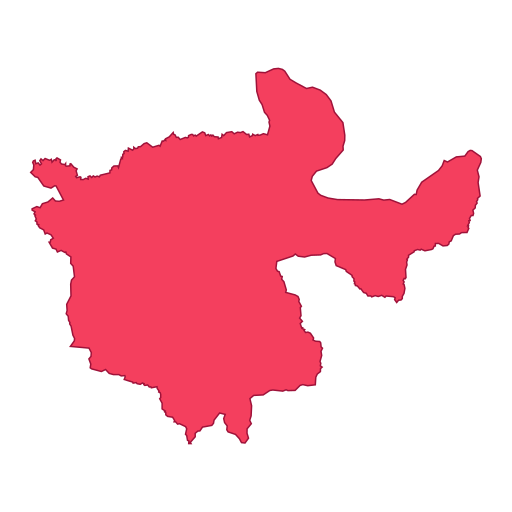 the district of Lunte, Northern, Zambia
{"feature_id": "96606910B27526943690880", "entity_name": "Lunte", "entity_type": "district", "adm_level": 2, "iso_a3": "ZMB", "parent_name": "Zambia", "parent_adm1": "Northern", "projection": "robinson", "projection_center": [30.622, -9.828], "detail": "fine", "context": "isolated", "style": "filled", "palette": "rose", "viewbox_px": 512, "rotation_deg": 0, "n_neighbors": 0, "source": "geoboundaries", "source_scale": "gbopen_adm2", "svg_char_len": 5999}
<svg xmlns="http://www.w3.org/2000/svg" viewBox="0 0 512 512"><path d="M467.0,232.5L468.8,228.3L468.1,227.7L468.5,225.8L467.6,225.8L469.3,222.6L468.9,220.7L470.1,220.5L469.5,218.3L471.3,215.5L473.0,215.5L473.6,213.4L472.9,210.1L475.2,207.9L475.4,205.2L477.1,203.1L476.5,201.6L477.7,199.8L477.5,198.4L480.1,196.0L478.1,182.5L479.0,176.8L477.3,170.1L480.8,162.4L481.3,158.7L480.4,156.5L472.0,150.6L470.2,150.4L468.1,151.6L464.8,156.1L456.3,156.9L447.5,162.0L444.2,160.5L442.2,165.8L438.5,170.5L421.7,182.2L417.1,190.1L416.2,194.5L414.4,194.3L405.6,202.4L402.0,204.2L389.7,199.5L383.8,200.1L378.9,198.8L364.5,200.0L337.5,199.6L328.0,198.0L320.7,195.3L317.9,193.1L311.2,180.5L312.3,176.3L316.5,171.1L327.0,167.6L332.2,164.1L335.7,158.6L343.2,150.0L343.0,146.2L344.7,140.6L344.8,135.2L342.9,122.6L334.4,112.1L331.0,100.9L326.3,94.6L320.2,90.1L312.5,87.2L306.5,88.5L296.2,83.0L290.0,79.3L284.8,71.2L282.4,69.4L278.4,68.4L273.6,68.9L265.3,72.7L257.6,72.2L255.9,73.7L256.8,91.4L259.3,100.2L262.1,104.6L264.5,112.3L267.3,115.4L269.6,120.3L269.0,122.1L269.9,126.1L267.5,134.8L263.4,133.7L260.2,135.1L258.0,135.3L257.8,134.5L255.2,135.6L252.7,134.2L252.4,135.6L249.6,136.9L248.8,134.2L246.6,134.5L243.0,131.6L240.5,132.6L237.6,132.2L234.2,133.8L231.8,131.7L226.5,132.6L223.7,135.6L222.1,134.3L221.6,137.5L218.4,138.7L218.1,137.0L214.3,136.7L212.9,135.1L211.8,136.1L210.9,134.9L209.6,135.9L208.4,134.5L205.8,135.6L204.7,132.8L202.4,131.9L196.2,136.1L195.2,135.1L193.6,135.9L192.7,134.5L191.3,134.4L188.6,135.6L188.4,137.3L187.3,137.9L185.4,137.4L180.2,139.5L178.2,137.2L176.3,137.4L175.1,134.9L173.6,134.3L173.2,132.5L169.2,136.9L165.5,138.8L165.7,140.4L164.7,139.9L163.5,141.2L162.2,141.0L160.1,146.2L159.0,145.3L152.7,147.2L146.8,142.8L144.1,143.6L140.6,146.6L138.3,146.8L137.6,148.2L135.5,148.6L133.8,147.3L133.9,148.8L132.6,150.2L128.4,148.1L128.1,151.2L125.4,150.4L123.8,151.7L124.0,153.6L122.8,154.3L122.7,157.0L121.4,157.3L122.3,158.7L120.8,159.0L118.5,167.6L117.7,165.9L113.9,166.0L111.8,167.9L111.6,169.9L110.0,170.4L109.9,172.9L100.3,175.2L99.4,176.8L97.1,176.1L95.0,177.0L93.3,175.9L91.7,177.5L90.0,175.9L88.0,176.7L88.2,179.1L85.7,178.3L83.2,179.6L80.7,179.5L80.9,177.3L80.1,176.8L76.6,177.7L75.7,176.4L77.4,175.3L76.1,170.8L77.1,168.9L73.8,167.2L70.8,163.7L70.0,164.0L70.0,165.8L66.4,166.2L65.6,165.8L65.6,163.6L64.9,164.6L61.5,164.0L60.0,162.3L60.5,159.9L57.0,157.9L56.0,158.8L56.2,161.1L55.6,159.8L54.2,159.8L52.0,162.2L51.3,159.3L49.6,160.3L45.1,158.5L43.0,160.6L41.0,158.9L39.8,160.7L41.5,163.8L40.0,165.1L38.2,162.9L35.8,163.7L35.1,160.2L33.4,160.9L32.7,162.4L33.8,165.0L33.4,169.6L30.7,172.4L35.2,176.8L37.8,177.4L43.8,186.0L51.0,188.1L54.8,185.7L56.1,186.0L63.5,200.0L59.3,201.3L55.4,201.0L52.7,198.0L47.9,202.0L42.4,203.7L40.1,207.7L36.8,206.6L32.1,208.8L32.1,210.1L35.1,211.8L34.0,213.9L35.5,215.1L34.9,215.8L36.3,219.0L35.3,220.8L36.9,221.9L37.0,224.2L38.7,224.7L38.2,225.6L39.7,227.8L43.7,229.9L45.2,234.0L47.0,233.0L51.0,234.8L53.3,238.2L50.7,239.8L50.3,242.1L49.1,242.2L52.5,248.1L56.0,249.1L57.4,252.0L61.1,250.4L64.8,252.4L65.8,252.0L66.4,253.9L70.9,256.9L70.7,263.4L73.2,266.2L74.5,276.8L71.5,280.1L70.7,284.2L71.0,295.9L66.7,304.3L67.1,310.5L66.2,313.8L68.2,316.2L68.6,320.4L69.9,322.5L69.7,323.9L71.1,326.2L72.9,335.1L74.6,338.5L74.3,340.9L70.4,346.4L89.0,348.1L91.3,352.6L91.0,356.4L88.9,358.9L90.8,364.1L90.2,367.8L91.7,368.9L101.4,371.5L105.6,369.5L109.2,373.4L113.5,374.6L118.9,374.6L121.2,375.9L124.8,375.6L125.2,376.9L124.2,379.5L132.7,382.1L133.1,383.1L136.2,382.6L137.1,383.7L140.3,384.3L142.4,383.0L144.1,383.7L143.8,384.6L144.8,385.4L147.7,385.0L149.3,387.0L150.8,386.8L151.3,387.8L157.0,386.7L157.2,388.4L159.0,391.0L158.7,392.0L160.1,392.6L160.7,394.3L160.7,397.6L159.7,398.7L162.1,403.2L162.1,408.9L165.3,411.1L164.6,411.8L165.8,412.7L165.8,414.8L167.6,416.4L172.6,417.2L174.6,420.4L174.1,421.8L175.6,421.8L177.6,424.1L179.5,423.7L185.6,426.6L186.7,428.8L185.5,434.3L186.7,435.5L187.5,440.3L188.9,441.0L188.7,443.6L191.0,443.6L190.3,442.4L195.2,436.8L195.2,433.3L197.8,431.1L199.9,430.9L202.5,427.1L211.8,425.4L213.5,423.3L214.0,420.2L219.6,413.0L225.2,414.4L223.7,418.6L224.6,422.6L227.2,425.9L226.8,429.8L228.1,431.9L235.5,434.4L239.4,438.7L241.5,442.6L245.0,443.0L248.5,438.2L247.0,433.2L247.1,428.8L251.3,423.7L249.7,420.3L251.1,415.9L251.6,405.8L249.9,398.6L253.7,395.4L263.2,394.9L269.8,390.5L272.8,390.0L282.8,391.1L286.1,389.8L287.9,390.6L295.1,390.4L300.1,385.4L302.8,384.6L307.7,385.7L315.3,384.8L315.8,377.2L317.3,374.0L320.4,371.6L320.5,368.6L322.1,367.1L320.3,365.8L320.8,363.3L320.0,361.5L321.7,355.4L321.0,351.3L322.5,348.2L321.1,346.9L320.7,342.8L319.7,341.5L315.5,341.2L313.0,340.0L313.6,338.0L310.4,333.2L307.9,332.1L305.6,332.5L304.0,330.5L304.7,329.6L302.1,328.5L302.6,327.8L301.5,327.4L300.2,323.5L302.4,321.3L299.6,318.1L301.0,315.7L300.3,307.6L301.4,306.3L298.8,301.5L299.2,299.4L298.0,296.5L295.1,294.9L285.7,292.4L286.3,289.9L283.9,281.7L281.7,279.3L282.2,276.5L280.7,276.1L279.1,271.6L277.5,271.2L275.9,268.5L276.8,261.4L293.0,256.0L295.3,254.0L298.2,256.2L304.6,257.0L311.3,255.2L320.6,254.9L323.6,253.6L327.0,253.5L335.4,258.5L335.0,261.9L336.2,265.6L345.7,269.6L346.3,271.4L352.1,275.4L352.1,276.7L354.0,278.7L353.9,281.1L354.8,281.9L354.4,283.7L355.4,284.3L355.4,285.5L357.4,286.0L359.9,289.0L360.8,288.7L363.6,292.5L366.3,293.3L367.9,296.0L370.8,295.9L371.7,296.9L375.2,295.6L378.2,296.5L381.7,295.3L384.9,297.3L386.1,296.0L393.5,296.7L395.2,297.8L394.6,299.6L396.7,302.5L398.6,300.2L401.0,300.0L402.3,298.6L402.3,296.4L404.0,293.4L404.9,288.4L404.1,284.6L403.2,284.0L404.1,281.9L403.1,280.4L404.2,278.4L405.1,278.8L406.0,277.6L405.5,269.3L407.0,265.0L406.6,262.0L407.4,259.9L406.8,259.2L408.6,257.1L408.5,255.3L414.1,251.8L414.3,250.7L417.6,249.5L420.2,250.1L421.2,249.2L424.9,250.8L431.5,249.5L432.9,248.8L434.1,246.2L435.3,246.0L435.4,243.5L438.7,243.4L443.0,245.9L447.2,245.5L448.8,244.1L449.3,241.8L451.2,240.9L453.4,235.6L455.6,234.2L459.5,234.0L461.6,232.6L467.0,232.5Z" fill="#f43f5e" stroke="#9f1239" stroke-width="1.5"/></svg>